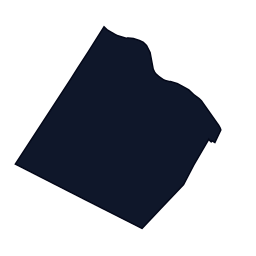 outline of Ohio, West Virginia, United States of America, rotated 117°
{"feature_id": "52423323B20153460814432", "entity_name": "Ohio", "entity_type": "district", "adm_level": 2, "iso_a3": "USA", "parent_name": "United States of America", "parent_adm1": "West Virginia", "projection": "orthographic", "projection_center": [-80.674, 40.101], "detail": "fine", "context": "isolated", "style": "filled", "palette": "ink", "viewbox_px": 256, "rotation_deg": 117, "n_neighbors": 0, "source": "geoboundaries", "source_scale": "gbopen_adm2", "svg_char_len": 685}
<svg xmlns="http://www.w3.org/2000/svg" viewBox="0 0 256 256"><g transform="rotate(117 128 128)"><path d="M211.3,212.0L211.3,151.9L211.3,150.8L211.3,133.2L211.1,69.9L185.1,62.3L153.2,52.8L130.8,52.6L101.3,50.9L101.7,50.4L102.6,47.6L101.3,47.2L101.5,44.0L87.8,44.4L87.6,44.4L86.3,45.7L84.5,48.3L71.8,72.4L70.5,74.8L69.5,78.0L68.4,84.6L66.4,91.2L66.0,104.1L67.3,111.3L67.8,112.1L68.7,116.0L68.9,118.4L68.1,123.9L67.1,127.7L66.2,129.6L64.1,132.3L50.7,142.6L46.1,148.9L44.7,153.3L44.8,157.5L45.8,163.9L47.9,169.2L48.8,170.1L50.5,179.6L50.5,182.1L50.1,189.5L50.0,191.2L48.7,195.3L78.3,198.0L97.3,200.0L110.4,201.2L211.3,212.0Z" fill="#0f172a" stroke="#020617" stroke-width="1.5"/></g></svg>